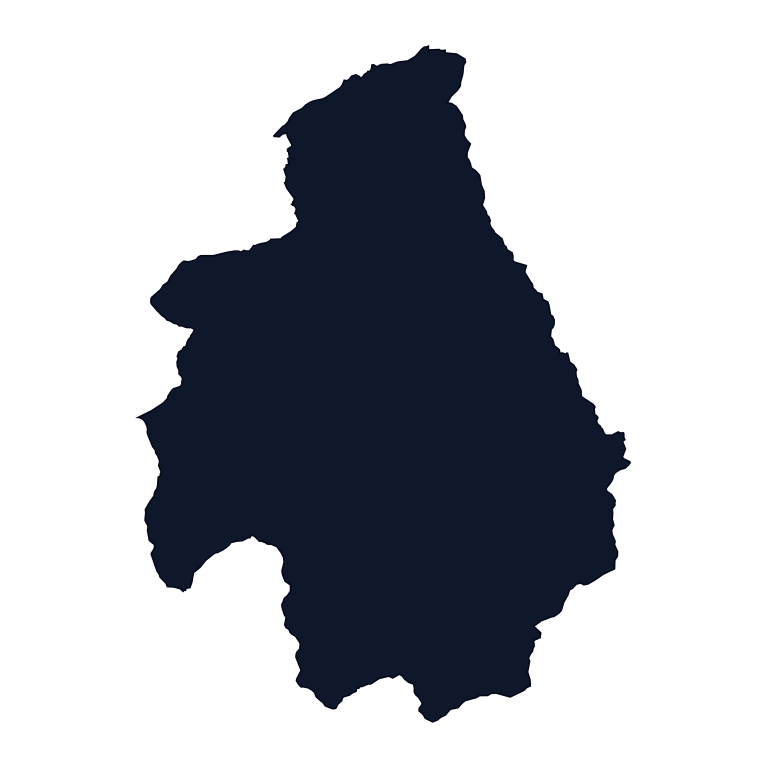 Tarcau, Neamt, Romania (orthographic projection)
{"feature_id": "2599482B98949389142671", "entity_name": "Tarcau", "entity_type": "district", "adm_level": 2, "iso_a3": "ROU", "parent_name": "Romania", "parent_adm1": "Neamt", "projection": "orthographic", "projection_center": [26.145, 46.778], "detail": "fine", "context": "isolated", "style": "filled", "palette": "ink", "viewbox_px": 768, "rotation_deg": 0, "n_neighbors": 0, "source": "geoboundaries", "source_scale": "gbopen_adm2", "svg_char_len": 6072}
<svg xmlns="http://www.w3.org/2000/svg" viewBox="0 0 768 768"><path d="M510.2,697.0L524.0,690.3L526.6,687.6L530.3,686.0L530.0,679.8L527.6,672.0L529.6,661.3L528.4,658.1L530.5,653.9L532.5,651.2L532.9,648.8L534.2,645.9L533.7,640.5L540.2,637.5L540.7,632.8L533.7,626.3L541.2,620.8L550.8,617.1L554.1,616.4L559.0,613.0L561.4,610.3L563.7,602.3L567.8,595.2L569.5,589.8L572.5,588.3L576.4,584.1L580.8,583.1L583.8,584.8L587.9,584.0L594.9,580.0L603.4,574.1L614.6,568.8L614.8,560.4L617.3,556.4L617.6,551.7L614.5,544.8L615.1,541.2L612.2,534.6L611.6,530.2L613.9,525.0L612.3,519.3L612.7,512.7L612.4,508.7L615.0,505.2L614.8,502.7L615.3,500.7L611.6,494.5L606.6,491.1L606.3,488.2L611.3,481.8L612.8,478.6L613.3,475.5L615.3,472.6L620.3,469.4L625.0,468.2L628.7,464.9L630.1,462.8L629.8,461.7L623.6,458.7L622.4,457.0L625.5,449.0L622.5,441.3L624.9,439.7L623.9,437.6L623.8,433.6L623.5,432.8L620.4,433.0L618.1,431.9L612.2,435.1L605.6,435.1L603.9,432.9L602.4,429.0L600.9,428.2L600.6,426.5L597.3,423.7L596.6,420.8L598.0,417.7L596.7,415.8L594.7,414.5L594.2,408.7L595.0,407.1L594.5,406.1L593.0,404.3L581.4,396.6L581.0,390.1L578.0,383.8L577.8,380.3L576.2,376.4L575.8,371.9L576.6,369.9L575.8,368.2L573.6,364.9L569.7,362.1L567.7,353.4L566.7,353.0L565.8,354.4L562.6,353.0L560.0,353.2L559.2,349.6L554.4,345.6L552.8,339.6L550.4,336.6L551.1,329.5L553.0,327.2L554.1,324.3L554.2,319.9L552.8,316.4L550.6,314.9L548.8,304.7L547.7,301.9L543.0,299.4L541.9,294.0L536.9,292.4L535.9,290.7L533.0,287.9L532.4,284.0L531.4,283.1L525.0,272.8L524.9,271.0L526.4,265.6L514.0,261.9L512.8,259.9L513.0,256.2L512.1,252.8L507.1,249.9L506.1,246.8L504.1,245.3L502.0,238.8L494.7,232.9L493.8,230.7L491.2,227.6L489.8,224.2L489.5,222.9L490.3,220.8L489.2,217.3L486.8,214.7L486.3,211.7L482.2,205.2L484.4,198.0L484.0,191.3L481.2,185.0L479.7,175.5L475.8,170.9L471.3,167.8L470.3,163.4L468.6,159.5L467.0,157.8L467.1,152.5L470.4,143.9L466.9,140.3L464.0,135.7L464.1,130.7L465.5,126.7L464.8,123.9L462.6,119.5L462.2,115.4L456.3,106.6L451.6,103.5L447.4,102.8L451.2,96.2L457.3,90.3L460.2,86.1L460.6,82.1L462.8,74.0L463.6,65.3L465.6,62.0L465.2,61.3L465.2,59.2L456.6,54.0L445.0,52.9L445.2,50.2L440.8,50.6L439.2,49.5L429.5,49.9L428.4,49.5L428.4,46.1L426.7,46.9L424.5,47.0L422.0,48.8L415.3,56.4L407.8,60.9L397.4,62.2L390.6,64.9L387.4,64.2L381.8,64.5L379.1,65.4L377.3,66.8L373.5,64.7L371.8,65.1L371.8,67.1L371.0,69.8L369.9,71.3L367.8,71.4L367.5,72.5L364.4,74.3L363.2,76.3L361.0,78.2L359.0,76.3L355.9,74.8L351.7,76.1L348.7,79.9L346.2,80.7L344.2,80.2L342.5,84.7L340.4,87.6L326.3,97.1L323.2,98.8L314.3,100.7L310.1,102.3L305.7,105.0L302.4,108.4L293.4,113.1L289.6,118.4L288.3,121.6L285.0,125.3L282.9,126.3L274.0,135.6L274.0,136.4L279.2,136.8L282.4,134.1L287.0,133.0L287.0,134.9L287.8,137.3L291.7,144.4L292.0,145.6L291.2,146.7L287.6,149.0L287.5,151.1L288.4,151.4L289.2,155.8L289.2,158.7L287.8,158.6L288.9,163.6L288.5,163.3L288.6,164.2L287.8,164.8L286.2,164.9L286.2,166.9L284.0,169.4L286.6,177.3L286.1,178.3L285.7,182.4L284.6,182.6L287.0,188.5L293.2,197.0L294.6,197.7L293.9,198.8L294.3,200.0L292.6,202.1L293.1,203.3L291.6,204.2L292.7,205.3L294.4,205.6L296.1,208.1L296.1,210.2L295.0,213.4L295.6,213.5L298.2,219.2L299.2,220.4L298.7,221.9L297.2,222.8L296.6,227.2L291.2,231.8L282.3,237.3L281.0,239.0L270.7,239.4L270.1,240.6L266.8,242.5L259.1,244.1L255.0,245.8L253.6,245.6L249.4,251.0L245.8,251.0L244.2,250.3L240.8,252.2L238.6,251.1L234.7,251.1L227.1,252.3L213.2,255.7L200.8,255.7L198.4,256.8L196.3,259.3L194.8,260.1L188.8,261.8L183.9,261.2L181.9,262.5L178.6,266.0L176.8,269.4L171.2,275.7L167.7,282.3L163.4,285.1L160.6,289.6L151.7,297.3L151.0,298.6L150.8,302.4L151.5,304.1L157.0,310.5L162.3,315.8L164.6,317.2L167.0,320.0L170.0,320.9L173.9,323.3L177.0,323.9L179.4,326.0L181.4,325.7L186.3,327.5L191.2,327.7L193.4,328.7L194.3,329.9L193.1,332.6L190.9,335.6L190.2,337.7L188.7,339.0L187.0,342.4L186.4,345.4L185.1,346.9L183.7,347.1L182.0,350.0L178.8,352.0L177.3,356.4L178.3,358.4L177.0,362.2L177.4,366.6L179.0,370.1L179.0,374.0L181.0,375.8L182.6,378.4L181.8,381.9L181.9,383.5L180.6,386.4L173.3,388.8L171.2,391.1L168.0,396.1L167.6,398.3L163.2,403.1L151.6,410.7L137.9,417.5L139.8,417.7L143.1,419.5L145.0,421.9L146.9,426.0L147.6,429.2L147.2,432.3L148.2,435.6L152.7,446.7L155.1,449.7L155.9,453.3L157.8,456.1L159.7,461.2L158.7,465.6L161.2,472.0L160.4,473.8L160.4,475.2L159.3,476.8L158.2,477.1L157.7,484.8L157.0,488.3L154.6,492.1L153.9,496.1L149.8,501.9L145.4,509.5L145.7,513.2L145.0,520.3L148.1,526.3L147.5,530.2L149.3,540.4L154.4,544.6L154.5,547.4L153.7,549.6L151.4,553.2L151.3,554.5L157.0,571.0L159.1,574.0L160.1,577.2L166.0,583.3L167.4,586.7L174.0,587.0L180.4,588.8L183.1,591.4L184.0,590.3L185.5,590.3L186.5,587.7L187.2,588.1L190.0,587.6L191.8,582.3L193.5,572.6L200.0,567.4L205.8,560.2L214.7,553.1L217.8,552.4L223.1,549.7L228.8,545.5L231.0,542.5L237.1,541.1L242.5,540.7L247.6,538.0L250.0,537.6L251.4,535.1L254.7,536.4L259.2,541.1L260.8,541.3L262.7,540.5L262.7,541.7L265.8,542.7L266.1,543.4L266.7,543.0L267.5,544.1L271.8,544.4L276.9,546.7L281.3,552.8L283.5,557.2L284.1,562.1L282.0,570.8L282.6,574.9L285.0,581.1L290.2,584.8L290.5,586.5L290.5,591.2L287.3,595.8L284.2,598.4L283.2,601.8L281.9,604.1L282.0,607.0L283.6,612.5L284.7,615.5L286.2,617.2L284.7,624.7L286.1,627.7L288.9,629.3L290.1,632.3L291.7,634.0L295.5,636.2L300.2,643.3L299.8,648.9L297.1,651.9L296.2,654.0L295.9,657.1L301.1,670.4L296.9,678.6L296.4,680.7L298.4,684.1L301.1,687.0L303.1,686.8L308.2,687.8L312.3,690.3L314.6,692.5L316.2,696.8L321.4,701.5L322.5,701.9L325.4,706.0L332.0,708.6L334.6,708.7L336.1,707.9L337.8,704.3L341.7,700.7L342.5,697.7L344.2,696.6L349.3,695.2L352.2,693.0L356.1,691.3L356.8,688.1L358.8,688.3L359.8,686.7L362.4,686.4L368.0,684.1L370.9,683.9L379.1,678.5L388.8,676.2L392.8,678.0L398.7,674.5L400.2,674.6L402.4,676.2L404.5,679.0L408.6,682.3L413.5,684.1L414.4,688.0L414.3,692.3L415.9,695.0L418.3,697.0L422.1,702.9L421.8,704.8L419.2,708.2L419.0,710.8L423.1,714.4L425.3,718.3L432.6,721.9L437.1,720.2L440.8,717.2L445.3,715.1L450.3,709.3L458.1,707.7L461.9,703.3L465.2,700.6L476.5,697.5L479.8,695.6L487.6,695.5L491.2,693.4L496.1,693.1L510.2,697.0Z" fill="#0f172a" stroke="#020617" stroke-width="1.5"/></svg>